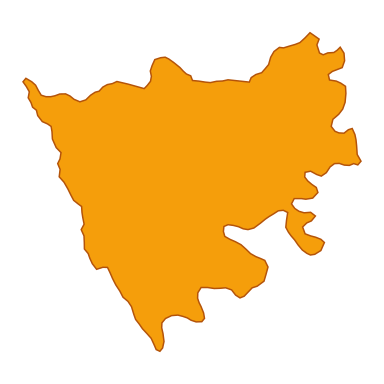 Quilombo, Santa Catarina, Brazil (Natural Earth projection)
{"feature_id": "56859067B6043362260272", "entity_name": "Quilombo", "entity_type": "district", "adm_level": 2, "iso_a3": "BRA", "parent_name": "Brazil", "parent_adm1": "Santa Catarina", "projection": "natural_earth1", "projection_center": [-52.706, -26.741], "detail": "fine", "context": "isolated", "style": "filled", "palette": "amber", "viewbox_px": 384, "rotation_deg": 0, "n_neighbors": 0, "source": "geoboundaries", "source_scale": "gbopen_adm2", "svg_char_len": 3022}
<svg xmlns="http://www.w3.org/2000/svg" viewBox="0 0 384 384"><path d="M197.8,292.8L201.1,287.5L207.6,287.5L214.2,288.5L219.8,288.3L225.7,287.8L231.6,289.9L235.6,295.1L240.0,297.9L244.2,296.2L248.2,292.0L252.2,287.8L257.2,286.2L264.0,281.2L266.0,274.4L268.0,267.0L264.8,260.4L260.8,258.6L255.8,256.6L250.5,253.6L246.1,249.3L241.0,244.7L235.4,241.7L229.9,239.3L224.8,236.4L223.4,231.5L223.9,226.5L228.0,224.7L233.3,225.4L238.5,226.7L243.2,228.8L248.0,229.6L253.9,228.0L260.4,223.2L265.4,219.1L269.0,216.6L273.5,213.9L278.3,210.8L283.3,210.3L287.7,212.5L286.5,220.4L285.8,227.3L288.5,232.3L291.3,236.1L294.6,239.9L298.2,245.1L302.4,250.1L306.8,253.3L310.4,255.0L314.8,254.3L320.9,250.5L324.4,242.5L320.9,239.3L315.6,237.2L310.6,235.9L305.1,233.8L302.6,227.0L306.8,222.9L311.4,220.9L315.4,216.0L310.6,212.3L304.1,212.8L299.0,211.3L294.8,208.5L291.5,203.9L294.2,198.6L301.5,198.6L305.8,199.2L312.7,198.1L317.9,192.5L316.3,187.5L311.8,184.4L307.7,180.9L304.7,177.0L305.1,172.3L310.6,171.2L316.7,174.5L321.3,176.1L326.3,172.7L330.1,166.9L334.5,163.6L339.3,163.4L344.3,165.1L349.4,165.4L353.7,163.6L357.8,164.9L361.0,161.2L357.2,154.5L356.6,145.7L356.0,139.8L354.9,134.5L352.2,128.5L348.4,129.7L344.0,133.2L338.9,132.9L335.0,131.3L331.2,126.4L332.9,119.3L338.7,114.3L342.7,109.1L345.1,102.3L345.9,93.5L345.5,86.3L340.7,83.1L336.3,81.1L329.5,80.0L328.3,74.5L332.4,71.4L336.3,69.9L342.2,67.6L344.6,60.8L344.0,53.2L340.2,47.2L337.2,50.2L333.9,52.5L327.8,52.9L323.2,54.8L319.5,53.0L316.9,44.9L319.1,39.1L310.0,32.7L304.9,38.0L299.9,42.6L295.3,44.4L289.4,46.1L283.5,47.9L279.4,47.4L274.0,51.5L270.7,57.2L268.6,64.6L265.2,68.7L261.7,72.7L255.9,74.5L251.2,77.6L249.3,82.1L228.0,79.8L222.5,81.0L216.5,81.3L210.4,82.6L205.2,82.1L198.8,81.1L192.5,80.5L190.7,75.8L186.4,74.0L183.3,71.2L180.0,67.6L174.2,62.9L168.8,59.0L165.2,57.2L160.7,57.7L154.8,59.6L152.1,65.6L150.3,71.0L151.4,76.3L150.5,81.3L147.3,85.4L144.2,88.6L128.0,84.1L116.9,81.5L112.4,83.6L107.3,84.6L102.8,87.1L99.1,91.2L95.2,92.2L90.6,95.2L85.8,99.9L79.9,101.8L74.0,99.3L70.0,96.0L65.6,93.9L59.8,94.0L54.9,95.8L50.7,96.7L46.0,96.7L41.2,95.2L38.3,90.4L35.6,85.2L31.8,81.8L25.9,78.3L23.0,81.8L26.4,86.6L29.3,91.8L28.2,97.8L31.0,102.6L32.6,107.2L36.4,110.2L37.7,115.6L42.3,121.6L47.5,123.9L51.1,126.4L52.0,131.7L52.4,139.0L56.2,147.6L61.0,152.6L60.0,158.9L57.7,163.6L60.1,169.4L59.2,176.8L64.0,182.2L67.8,188.8L71.0,195.3L73.7,200.4L78.1,203.9L81.6,206.5L82.0,212.5L82.7,217.1L84.1,224.2L81.2,229.6L84.0,235.9L84.3,242.5L84.4,249.0L88.2,253.6L89.8,258.2L92.3,263.7L96.6,269.3L102.8,267.3L107.5,267.4L110.0,272.6L112.6,278.6L115.8,284.9L119.8,291.0L123.0,297.2L128.0,301.4L131.5,306.7L133.8,314.3L135.6,319.4L139.2,324.0L142.5,328.8L146.8,333.4L151.2,338.4L154.1,344.7L156.2,349.6L159.9,351.3L162.6,348.0L164.0,341.5L163.0,333.6L161.7,327.8L161.9,322.9L165.5,318.5L171.6,315.6L177.9,315.1L182.9,316.4L187.3,317.9L191.0,320.2L196.1,321.9L201.8,321.7L204.5,318.4L203.6,313.0L201.1,306.7L199.1,302.7L197.6,298.3L197.8,292.8Z" fill="#f59e0b" stroke="#b45309" stroke-width="1.5"/></svg>